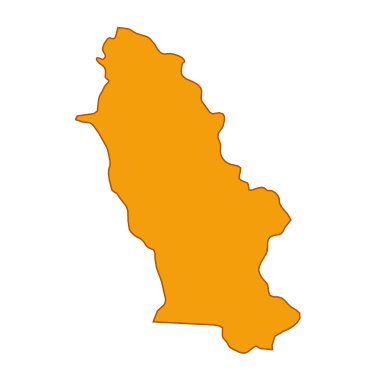 the border of Itapúa, rotated 279°
{"feature_id": "PRY-620", "entity_name": "Itapúa", "entity_type": "Department", "adm_level": 1, "iso_a3": "PRY", "parent_name": "Paraguay", "parent_adm1": "", "projection": "orthographic", "projection_center": [-55.537, -26.832], "detail": "fine", "context": "isolated", "style": "filled", "palette": "amber", "viewbox_px": 384, "rotation_deg": 279, "n_neighbors": 0, "source": "natural_earth", "source_scale": "10m", "svg_char_len": 3188}
<svg xmlns="http://www.w3.org/2000/svg" viewBox="0 0 384 384"><g transform="rotate(279 192 192)"><path d="M342.9,93.1L342.7,93.9L343.1,97.2L343.0,104.7L340.7,109.9L340.5,110.8L340.0,111.8L338.5,122.0L337.8,124.7L336.5,126.9L331.8,132.2L327.6,135.6L325.3,138.3L323.9,141.3L324.0,143.7L324.8,146.1L325.3,149.2L325.1,153.0L324.5,157.1L323.3,160.8L321.2,163.5L319.7,164.3L318.8,163.8L318.2,163.0L317.0,162.3L310.4,162.3L306.8,163.2L304.3,165.6L302.7,168.9L300.7,176.6L299.6,179.5L298.1,182.0L296.0,184.5L293.5,185.7L286.2,186.3L283.2,187.4L273.5,197.1L272.5,200.0L274.5,206.5L274.0,210.2L271.6,212.2L268.1,212.8L262.2,212.4L259.9,211.7L257.2,210.2L254.0,208.9L250.4,208.9L243.1,212.9L236.1,213.8L233.2,214.7L230.5,216.4L228.0,219.2L226.2,222.4L225.3,225.8L224.9,233.5L223.4,236.2L219.7,236.5L215.6,236.1L212.7,236.4L211.0,239.1L210.3,242.5L209.5,245.5L207.0,246.8L203.1,247.8L203.0,250.3L206.6,257.2L207.2,259.1L207.5,260.9L207.2,262.7L205.2,266.1L205.3,267.2L205.7,268.5L205.6,270.9L204.1,274.7L201.7,277.5L198.6,279.4L194.9,280.0L190.7,283.2L185.4,289.6L179.9,294.0L170.9,289.0L166.9,287.9L165.2,286.9L163.9,285.2L161.6,279.0L159.4,275.8L156.4,274.7L152.9,274.7L149.3,275.3L148.5,275.3L145.7,275.4L142.4,274.8L132.5,270.9L132.4,270.9L128.8,270.2L125.0,270.0L121.2,272.1L118.4,274.3L113.0,280.6L109.7,282.1L105.4,283.3L102.0,285.2L101.2,288.9L101.8,293.4L101.3,297.2L99.5,300.5L96.7,303.8L93.8,308.0L91.8,313.2L89.2,317.2L84.4,318.3L79.7,316.4L75.3,312.9L71.4,308.4L68.6,303.9L62.5,296.4L52.7,295.1L49.0,296.2L48.9,296.1L48.1,284.4L48.2,283.5L48.8,282.1L49.2,281.4L49.7,280.4L49.8,279.5L49.2,278.2L48.5,277.3L43.2,272.4L42.2,271.1L41.2,269.7L40.9,267.0L41.3,263.4L43.3,256.5L44.6,253.9L46.0,252.2L47.5,251.3L48.8,250.1L52.6,245.7L53.9,244.9L55.0,244.4L62.6,243.4L63.9,240.6L64.2,234.8L57.7,174.0L69.0,176.4L69.9,177.0L74.6,180.9L76.8,182.3L79.2,182.8L81.7,182.8L99.0,175.9L111.7,168.8L120.8,165.8L125.4,165.1L127.8,164.0L128.9,162.8L130.3,157.6L131.2,156.1L132.4,154.6L134.6,152.8L136.3,150.8L137.7,148.5L139.1,144.4L139.8,142.8L143.1,137.8L145.3,136.0L152.8,133.6L163.2,131.6L165.8,130.4L168.2,128.8L175.2,121.3L178.0,118.9L179.0,117.6L180.2,114.3L181.8,112.4L190.6,108.6L197.0,106.7L200.1,106.3L202.7,106.4L204.8,106.9L206.9,106.7L210.0,106.1L220.2,102.3L222.9,100.7L235.5,90.8L241.7,84.7L242.9,83.3L243.8,81.8L244.3,80.3L244.1,72.3L244.4,71.0L244.7,69.8L244.9,68.8L244.9,67.7L245.1,66.4L245.4,65.9L246.0,65.7L246.5,65.9L247.1,66.3L249.1,66.7L254.1,82.9L257.2,85.9L268.3,85.3L271.3,85.5L272.5,85.8L274.0,86.2L277.8,87.8L282.6,89.1L284.2,90.0L286.5,91.8L287.7,92.3L288.6,92.5L289.2,92.1L289.5,91.7L289.8,91.3L290.3,90.2L290.9,89.4L291.9,88.3L296.8,87.9L298.8,87.4L299.8,87.0L300.8,86.4L301.8,85.4L302.5,84.6L304.7,80.4L305.8,78.8L306.7,77.8L307.4,77.3L308.3,76.9L309.0,76.9L309.5,77.1L309.7,77.6L309.8,78.4L309.7,79.2L309.1,81.6L309.0,82.8L309.3,83.6L310.7,84.8L311.9,85.2L313.0,85.1L313.9,84.8L314.7,84.2L316.8,82.5L318.0,81.8L319.2,81.5L321.6,81.4L324.4,82.0L326.6,82.9L329.5,84.4L330.2,84.9L330.8,85.5L331.2,86.0L331.3,86.7L331.3,87.6L331.1,88.7L331.1,89.8L331.4,90.9L332.3,91.9L334.0,92.3L342.5,93.1L342.8,93.1L342.9,93.1Z" fill="#f59e0b" stroke="#b45309" stroke-width="1.5"/></g></svg>